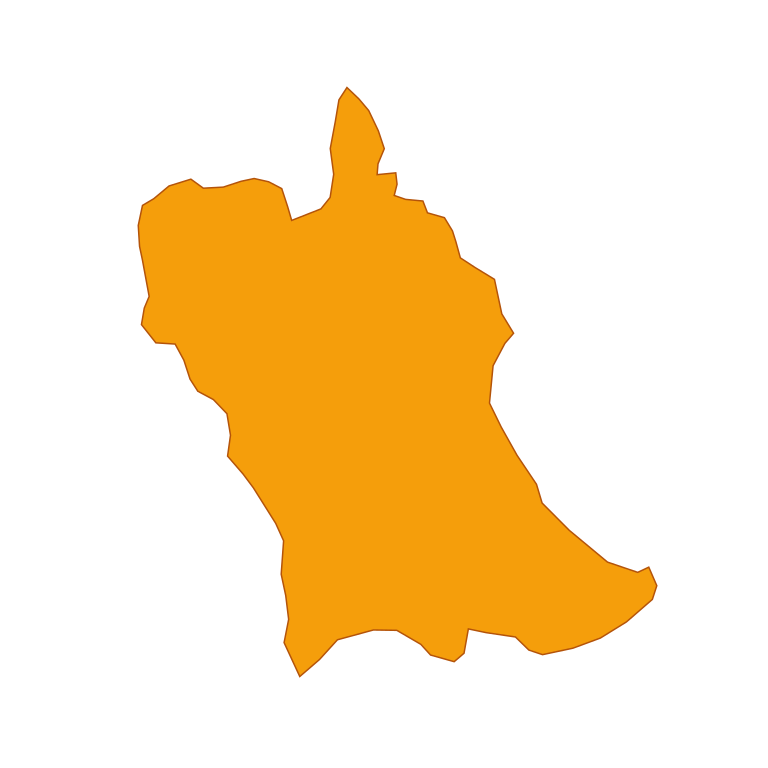 the district of Kalyvakia, Cyprus, rotated 168°
{"feature_id": "46923920B14026353956813", "entity_name": "Kalyvakia", "entity_type": "district", "adm_level": 2, "iso_a3": "CYP", "parent_name": "Cyprus", "parent_adm1": "", "projection": "orthographic", "projection_center": [33.542, 35.261], "detail": "fine", "context": "isolated", "style": "filled", "palette": "amber", "viewbox_px": 768, "rotation_deg": 168, "n_neighbors": 0, "source": "geoboundaries", "source_scale": "gbopen_adm2", "svg_char_len": 1294}
<svg xmlns="http://www.w3.org/2000/svg" viewBox="0 0 768 768"><g transform="rotate(168 384 384)"><path d="M246.7,406.7L254.2,428.1L254.2,446.8L254.2,463.4L270.7,479.0L283.1,491.5L284.1,508.1L285.2,519.5L290.3,534.1L305.9,542.4L307.9,554.9L324.5,560.1L334.8,566.3L329.7,576.7L328.6,588.1L347.2,590.2L344.1,600.6L334.8,614.1L336.9,632.8L342.1,654.6L349.3,668.1L358.6,681.7L369.0,671.3L377.2,650.5L387.6,625.5L389.6,599.6L397.9,577.7L409.3,568.4L440.3,563.2L441.4,577.7L443.4,596.4L454.8,605.8L468.3,612.0L481.7,612.0L500.3,610.0L520.0,613.1L530.3,624.5L553.1,622.4L570.7,613.1L583.1,608.9L591.4,590.2L594.5,569.4L594.5,555.9L595.5,518.5L602.7,508.1L608.9,492.5L598.6,471.7L580.0,466.5L574.8,448.9L572.7,429.1L567.6,415.6L554.1,404.2L543.8,387.6L544.8,365.8L552.0,346.0L540.6,325.3L533.4,309.7L518.9,270.2L514.8,251.5L524.1,219.3L524.1,197.5L526.2,173.6L535.5,151.8L527.2,115.4L504.4,127.9L482.7,143.5L445.5,145.6L422.7,140.4L402.1,121.7L394.8,109.2L373.1,97.8L361.7,104.0L352.4,126.9L335.9,119.6L308.0,109.2L297.6,93.6L285.2,86.3L254.2,86.3L225.2,90.5L196.3,100.9L166.3,117.5L159.1,130.0L163.1,149.8L175.0,147.0L202.4,163.3L233.1,202.2L254.1,234.7L255.7,254.2L268.7,286.6L278.3,317.5L284.8,343.4L273.5,379.2L257.3,398.6L246.7,406.7Z" fill="#f59e0b" stroke="#b45309" stroke-width="1.5"/></g></svg>